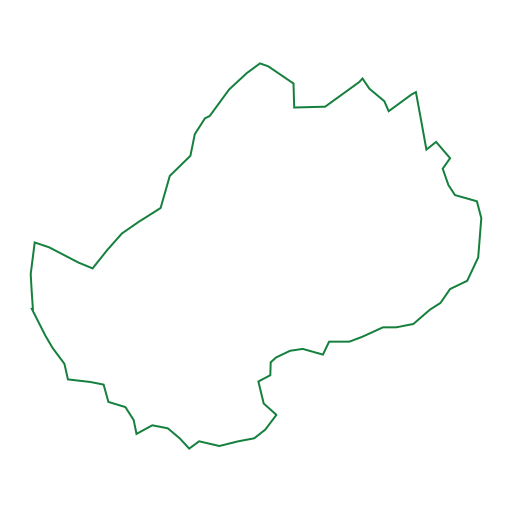 Thrinia, Paphos, Cyprus (Equal Earth projection)
{"feature_id": "46923920B18450793739179", "entity_name": "Thrinia", "entity_type": "district", "adm_level": 2, "iso_a3": "CYP", "parent_name": "Cyprus", "parent_adm1": "Paphos", "projection": "equal_earth", "projection_center": [32.52, 34.911], "detail": "fine", "context": "isolated", "style": "outline", "palette": "green", "viewbox_px": 512, "rotation_deg": 0, "n_neighbors": 0, "source": "geoboundaries", "source_scale": "gbopen_adm2", "svg_char_len": 1097}
<svg xmlns="http://www.w3.org/2000/svg" viewBox="0 0 512 512"><path d="M31.9,309.0L35.1,315.4L45.4,335.7L52.5,347.8L64.4,363.8L66.0,370.7L67.9,379.4L90.5,382.0L103.6,384.6L108.4,401.9L125.4,407.1L133.7,420.1L136.5,433.9L152.3,425.3L167.8,428.3L179.7,438.3L189.2,448.6L199.1,441.3L219.3,446.0L238.3,441.3L254.2,438.3L265.3,429.6L276.3,415.0L276.0,414.5L263.7,403.5L258.4,381.5L270.3,375.2L270.7,362.3L276.0,357.5L290.0,350.8L302.7,348.9L322.9,354.6L329.1,341.7L349.2,341.7L362.0,336.9L383.0,327.3L396.2,327.3L413.3,324.0L430.0,309.6L440.5,302.9L450.1,289.0L467.2,280.8L478.2,257.4L481.3,218.1L476.9,201.3L455.0,195.1L448.4,185.0L442.7,168.7L450.1,158.2L436.1,141.9L426.4,149.6L421.2,120.8L415.9,92.1L411.5,94.5L388.7,111.2L384.3,101.2L369.4,88.7L362.5,78.5L359.3,82.0L325.1,106.7L294.2,107.5L293.5,83.5L268.2,66.3L260.0,63.4L246.9,73.0L229.1,89.5L209.7,116.0L204.9,118.4L194.8,134.2L190.4,155.8L169.8,175.9L160.6,208.0L138.6,221.9L122.0,233.4L107.5,249.7L92.6,268.4L78.5,262.6L49.1,247.3L34.7,242.5L30.7,274.1L31.6,289.9L32.9,309.1L31.9,309.0Z" fill="none" stroke="#15803d" stroke-width="2"/></svg>